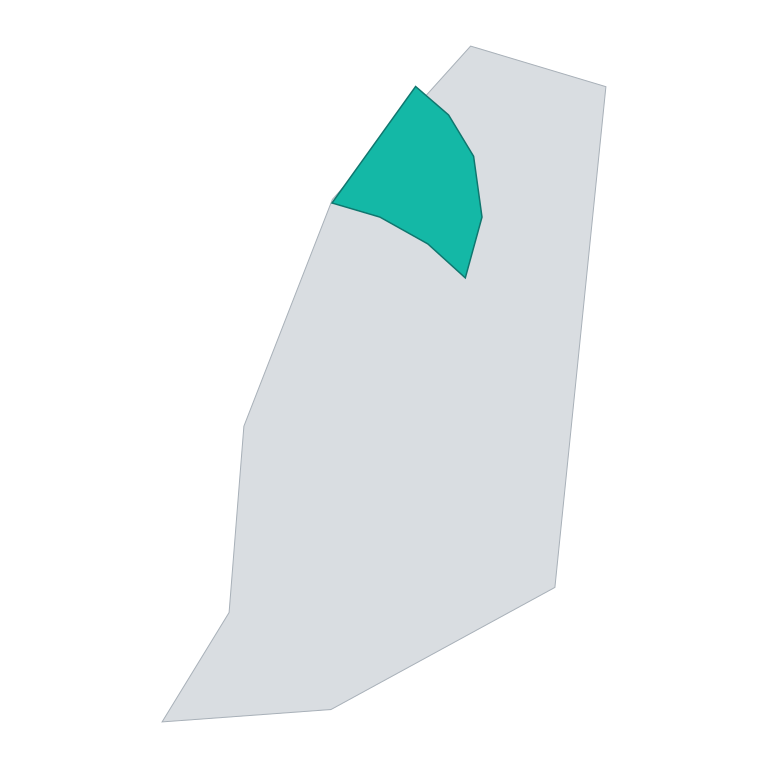 Saint Mark highlighted on a map of Grenada
{"feature_id": "GRD-5074", "entity_name": "Saint Mark", "entity_type": "Parish", "adm_level": 1, "iso_a3": "GRD", "parent_name": "Grenada", "parent_adm1": "", "projection": "natural_earth1", "projection_center": [-61.681, 12.191], "detail": "fine", "context": "in_parent", "style": "filled", "palette": "teal", "viewbox_px": 768, "rotation_deg": 0, "n_neighbors": 0, "source": "natural_earth", "source_scale": "10m", "svg_char_len": 407}
<svg xmlns="http://www.w3.org/2000/svg" viewBox="0 0 768 768"><path d="M331.0,709.5L162.1,721.9L229.1,612.5L243.9,426.2L332.4,199.4L470.6,46.1L605.9,86.7L554.9,587.4L331.0,709.5Z" fill="#d9dde1" stroke="#a8b0b8" stroke-width="1"/><path d="M332.0,203.0L415.6,86.5L448.6,115.0L473.6,156.3L482.0,217.1L465.3,277.9L427.8,243.9L379.9,217.1L332.0,203.0Z" fill="#14b8a6" stroke="#0f766e" stroke-width="1.5"/></svg>